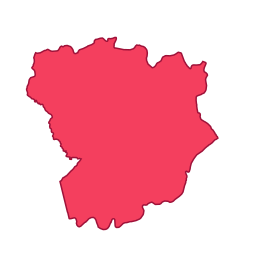 the district of Gualán, Zacapa, Guatemala, rotated 167°
{"feature_id": "79465075B90602875847956", "entity_name": "Gualán", "entity_type": "district", "adm_level": 2, "iso_a3": "GTM", "parent_name": "Guatemala", "parent_adm1": "Zacapa", "projection": "robinson", "projection_center": [-89.267, 15.151], "detail": "fine", "context": "isolated", "style": "filled", "palette": "rose", "viewbox_px": 256, "rotation_deg": 167, "n_neighbors": 0, "source": "geoboundaries", "source_scale": "gbopen_adm2", "svg_char_len": 5894}
<svg xmlns="http://www.w3.org/2000/svg" viewBox="0 0 256 256"><g transform="rotate(167 128 128)"><path d="M42.7,97.9L42.9,99.5L43.6,100.4L43.8,101.9L44.5,102.9L44.5,103.7L45.7,106.9L46.9,108.4L47.2,110.9L49.4,114.4L51.7,116.8L52.4,117.3L53.7,118.7L54.0,118.8L55.1,120.4L55.2,122.9L54.6,124.4L54.6,125.8L55.2,126.6L56.1,126.9L56.5,127.4L56.4,131.1L56.1,134.4L55.8,134.8L55.8,136.5L55.4,139.8L54.6,142.8L54.0,143.4L53.0,143.8L49.1,144.2L48.6,144.5L46.0,145.0L44.4,146.4L43.4,147.7L41.9,151.7L41.7,156.4L41.4,158.1L40.5,159.6L38.7,161.5L38.7,162.7L39.7,164.4L41.0,165.6L41.1,167.4L40.1,169.6L37.9,172.6L37.4,173.5L37.6,174.3L40.1,176.0L40.8,175.3L41.5,174.7L42.4,174.1L43.4,173.6L43.7,173.5L44.1,173.5L44.5,173.6L47.0,173.9L49.6,174.6L50.1,174.7L50.8,174.7L51.2,174.6L51.7,174.4L52.2,173.9L52.5,173.5L53.4,171.9L54.0,171.8L54.5,172.2L56.6,175.6L56.7,176.3L57.2,177.3L57.7,179.2L58.1,180.0L59.2,188.7L59.6,189.3L62.0,190.5L65.0,189.3L67.0,188.8L70.9,188.9L74.6,189.9L75.6,190.0L76.0,189.7L77.9,189.4L78.9,188.5L80.6,186.1L82.7,185.2L84.7,184.8L85.5,184.3L87.1,182.5L88.7,181.5L90.4,181.2L91.0,181.5L94.1,185.8L94.7,189.6L94.3,192.1L93.3,193.7L92.3,196.7L92.1,199.3L92.4,200.7L93.2,201.9L93.2,202.4L93.9,203.2L95.1,204.2L96.1,204.5L98.3,206.2L99.4,206.2L100.8,206.9L102.3,206.1L103.5,204.8L105.1,204.0L108.3,203.7L114.5,205.3L122.0,208.7L122.9,208.9L123.4,209.5L123.3,210.8L122.8,211.9L122.6,213.1L120.1,216.2L119.3,217.5L119.2,218.8L120.3,219.2L123.0,218.8L125.4,219.0L126.4,219.5L127.2,219.4L127.7,219.0L127.9,217.9L128.2,217.5L128.5,217.2L129.6,217.4L130.6,218.5L131.9,220.6L132.7,221.4L134.9,221.7L138.1,221.4L139.5,221.6L140.3,221.2L141.3,220.3L141.6,218.8L142.4,218.2L144.6,217.4L148.8,216.9L149.1,216.6L153.8,215.5L157.7,215.1L159.1,214.0L160.0,212.6L160.4,212.7L161.8,212.3L162.9,212.4L163.9,213.5L164.1,216.8L165.0,219.2L165.8,220.3L168.7,222.1L171.3,222.4L172.6,221.8L173.4,221.9L174.2,222.7L175.0,222.6L176.2,221.9L176.8,221.0L178.8,219.2L179.9,219.1L184.7,219.8L186.1,220.5L188.2,222.5L188.8,222.7L190.8,222.1L191.8,222.3L196.6,221.0L199.9,221.3L201.0,222.1L202.0,220.9L204.0,217.6L203.9,216.0L204.3,213.8L205.1,212.1L206.1,210.9L206.2,210.2L207.0,209.3L208.0,208.6L208.0,207.7L206.3,205.3L206.1,203.9L206.3,201.3L206.7,200.0L207.3,199.4L208.0,199.2L211.5,198.9L212.9,197.7L213.5,197.0L214.8,193.8L215.7,192.5L216.8,191.3L217.0,190.7L217.6,189.2L218.0,188.9L218.2,187.9L217.9,185.3L218.2,183.6L218.6,183.1L218.5,182.5L217.8,181.7L217.2,180.9L216.1,179.9L215.8,179.4L215.3,178.4L215.1,178.1L213.8,177.6L213.1,176.9L212.8,176.4L212.8,175.7L213.0,175.1L212.8,174.5L212.4,174.3L212.1,174.6L211.7,175.2L211.5,175.5L211.1,175.4L211.0,175.1L210.9,174.1L210.8,173.6L210.6,173.1L210.0,172.2L209.9,171.9L209.4,171.7L209.2,172.1L208.8,172.0L208.3,170.8L208.0,170.4L206.6,170.4L206.1,170.3L205.8,169.9L205.7,169.6L205.6,169.2L205.7,167.8L205.5,167.4L205.1,166.9L204.9,166.5L204.6,164.6L204.4,163.7L204.2,163.4L203.8,162.9L203.1,162.1L202.8,161.7L202.5,161.0L201.9,160.1L199.9,158.4L199.5,157.6L199.4,157.0L199.3,156.2L199.3,155.8L199.4,155.5L199.5,155.2L201.0,154.5L201.4,154.2L201.8,153.8L202.5,152.7L203.7,151.6L203.9,151.2L204.0,150.6L203.8,150.2L203.5,149.9L203.3,149.6L203.2,149.3L203.3,148.7L203.4,148.3L203.8,147.7L203.9,147.3L204.0,146.4L203.9,145.3L203.1,144.5L203.0,144.0L203.0,143.7L203.1,143.2L203.4,142.1L203.4,141.6L203.3,141.1L203.0,140.8L202.6,140.6L202.2,140.3L202.0,139.8L201.9,139.5L202.0,138.9L202.3,138.3L203.0,137.6L203.3,137.1L203.3,136.7L203.0,136.3L202.8,135.7L202.8,135.4L203.0,134.4L203.0,133.9L202.8,133.6L202.5,133.4L201.2,133.4L200.4,133.3L199.1,132.5L198.4,132.0L198.0,130.9L197.4,130.2L197.3,129.8L197.3,128.7L197.2,128.3L197.0,128.0L196.8,127.4L197.1,126.8L197.6,126.2L197.8,125.7L197.7,125.3L197.4,125.0L196.9,124.7L196.7,124.3L196.5,122.8L195.9,122.0L195.8,121.6L195.8,121.3L196.0,120.9L196.2,120.4L195.8,120.0L195.0,119.8L194.9,119.4L194.5,119.1L194.0,119.5L193.6,119.5L193.6,119.2L194.0,118.5L194.0,118.1L193.7,117.9L193.3,117.7L193.1,117.4L193.1,116.6L193.2,116.3L193.5,115.9L194.4,115.0L194.6,114.6L194.5,114.2L194.0,113.9L191.6,112.8L191.1,112.5L191.2,112.0L191.8,111.3L191.8,110.8L191.5,110.6L190.7,110.3L190.3,110.2L190.0,110.4L189.8,111.5L189.6,111.7L189.1,111.8L188.8,111.8L185.8,111.0L184.8,110.8L184.4,110.5L184.2,110.0L184.1,109.5L183.9,109.2L181.9,109.2L181.5,108.9L181.3,108.6L180.7,108.4L181.7,107.3L182.6,106.6L185.1,105.0L185.4,104.6L185.5,104.2L185.7,103.7L186.0,103.3L186.6,103.0L187.3,102.5L188.1,102.4L188.6,102.2L190.2,100.7L191.5,99.8L193.4,98.8L198.5,95.3L199.5,95.1L200.1,94.9L201.1,94.3L201.7,94.2L202.1,94.3L202.5,94.1L202.9,93.8L204.4,92.1L204.7,91.8L205.1,91.5L205.7,91.5L206.3,91.2L205.9,59.7L205.7,59.2L205.7,53.0L205.3,52.7L204.0,52.5L200.4,52.6L199.7,52.0L199.1,50.9L199.0,49.4L199.0,48.2L199.7,46.8L199.6,44.9L198.8,43.4L197.8,42.7L196.2,42.9L191.4,45.7L190.2,45.9L190.0,46.3L188.8,46.8L186.8,48.3L184.2,49.0L181.9,48.7L180.6,47.5L179.9,45.3L179.8,42.8L179.3,39.8L179.3,38.2L177.5,36.3L175.1,34.7L173.2,34.3L171.5,34.4L169.9,35.2L168.5,36.5L166.3,39.6L165.8,39.7L165.8,40.2L164.7,41.4L164.5,42.1L163.6,42.8L162.8,42.9L161.9,42.5L161.5,41.8L162.5,35.6L162.4,34.5L161.4,33.6L159.2,33.3L157.4,34.1L154.3,36.0L152.5,36.4L150.3,36.1L147.2,36.3L145.8,36.0L141.0,36.0L137.2,36.7L135.9,37.3L132.8,40.1L132.3,40.9L131.2,43.6L131.1,44.2L131.8,47.3L131.4,48.8L130.6,49.4L129.8,49.5L128.4,49.0L126.9,48.8L125.8,49.6L123.8,50.2L121.7,50.4L121.1,50.1L118.6,47.4L114.3,46.6L112.9,47.0L111.2,48.2L108.7,48.6L105.5,47.6L103.9,46.2L102.0,46.1L100.2,46.6L98.3,47.8L93.2,50.0L90.6,51.5L88.8,53.3L85.8,59.2L84.1,61.7L83.6,63.3L82.9,64.0L82.5,65.8L81.8,66.7L81.4,68.0L81.8,70.3L81.8,72.2L81.1,72.7L80.5,72.6L79.4,71.5L78.6,71.5L78.1,71.8L76.8,74.0L75.9,76.3L74.3,79.4L70.8,83.2L67.1,86.4L60.9,88.8L57.3,91.1L54.4,92.6L53.8,92.7L53.4,93.2L52.3,93.4L49.3,94.7L46.1,96.9L44.7,97.1L42.7,97.9Z" fill="#f43f5e" stroke="#9f1239" stroke-width="1.5"/></g></svg>